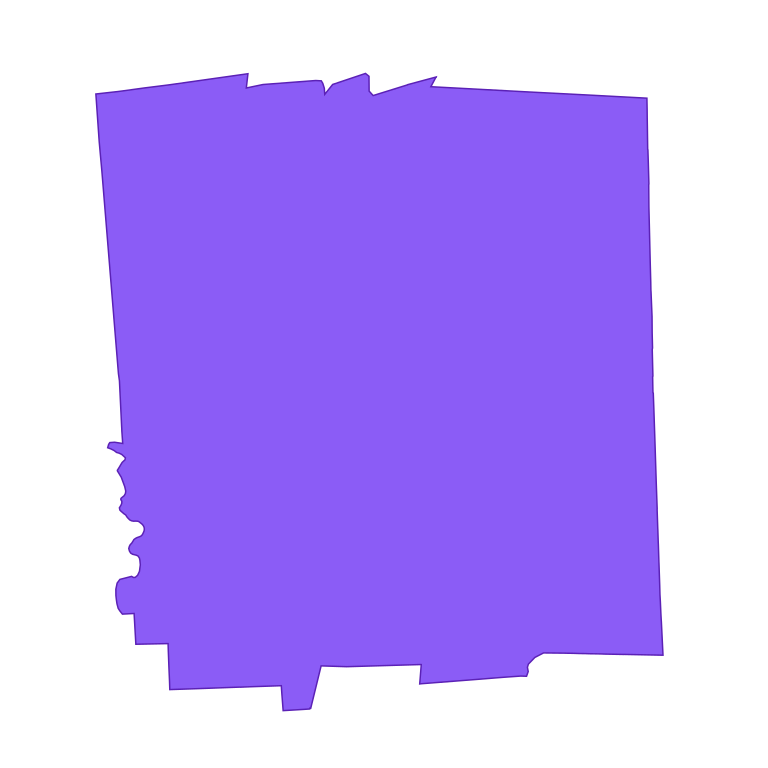 outline of Hualahuises, Nuevo León, Mexico, rotated 86°
{"feature_id": "50627088B9840783039526", "entity_name": "Hualahuises", "entity_type": "district", "adm_level": 2, "iso_a3": "MEX", "parent_name": "Mexico", "parent_adm1": "Nuevo León", "projection": "natural_earth1", "projection_center": [-99.659, 24.884], "detail": "fine", "context": "isolated", "style": "filled", "palette": "violet", "viewbox_px": 768, "rotation_deg": 86, "n_neighbors": 0, "source": "geoboundaries", "source_scale": "gbopen_adm2", "svg_char_len": 2919}
<svg xmlns="http://www.w3.org/2000/svg" viewBox="0 0 768 768"><g transform="rotate(86 384 384)"><path d="M117.2,101.8L109.9,160.7L103.0,217.4L90.7,316.5L81.4,310.7L87.1,339.8L87.3,340.0L95.5,374.7L90.8,378.4L76.0,377.5L72.9,380.8L81.6,414.3L90.9,422.9L84.8,422.9L79.8,424.1L77.2,425.4L76.6,430.2L76.5,431.2L76.8,483.8L79.1,500.7L65.0,498.1L70.6,577.7L72.0,603.2L73.4,624.2L73.7,629.3L74.6,651.2L122.5,651.2L152.0,650.6L355.1,648.2L362.4,647.7L408.7,648.7L409.4,648.7L409.6,648.7L409.9,648.7L412.7,648.8L425.1,648.8L423.3,656.8L423.3,661.6L425.0,662.9L428.3,664.1L429.7,661.0L431.6,657.8L433.6,655.6L434.5,653.1L436.0,650.5L438.1,648.5L439.6,647.1L441.6,647.7L442.6,649.0L444.0,650.7L446.1,652.2L448.3,653.7L450.8,655.5L451.4,656.0L452.1,656.0L458.7,652.6L468.3,649.8L472.8,649.1L475.2,649.6L477.3,651.0L478.5,652.7L479.6,654.2L480.4,654.6L481.3,654.5L481.9,654.0L483.1,653.7L484.9,654.0L486.5,654.8L487.8,655.7L489.0,656.6L491.3,656.3L492.6,655.2L495.3,652.5L496.6,650.8L498.7,649.7L499.9,648.8L501.9,647.1L502.9,645.3L503.4,643.3L503.4,641.7L503.6,640.0L503.8,638.9L504.5,637.7L505.2,637.0L506.3,635.8L507.2,634.9L508.5,634.0L510.3,633.3L511.8,633.2L513.2,633.4L514.5,633.9L515.6,634.5L516.7,635.1L517.8,635.9L518.7,637.0L519.1,637.9L519.5,639.3L520.0,641.1L520.6,642.5L521.7,644.3L523.6,645.6L525.2,646.8L526.5,648.3L528.1,649.3L530.3,650.1L532.9,649.6L535.0,648.5L536.3,646.7L537.4,643.3L538.3,641.5L540.4,640.2L542.9,639.8L547.4,639.7L550.8,640.4L553.8,641.0L557.6,643.1L559.6,645.7L559.5,647.5L558.3,649.2L560.5,661.1L564.0,664.1L570.0,665.8L576.4,666.2L580.9,666.0L584.7,665.7L589.3,664.8L592.0,663.3L595.3,661.0L595.5,649.3L626.3,649.7L627.9,617.5L628.0,617.5L635.3,617.8L651.0,618.3L665.8,618.7L673.9,619.0L674.9,591.5L675.5,573.4L676.3,549.2L676.4,548.5L676.7,538.3L677.8,507.5L687.3,507.5L702.8,507.4L703.0,487.0L703.0,480.8L702.8,480.8L702.1,480.5L702.2,480.0L702.3,479.7L660.8,466.4L663.4,441.0L666.4,367.4L666.5,366.4L685.7,369.3L685.6,367.6L685.3,328.6L685.2,315.6L685.1,303.5L685.0,295.7L684.9,284.0L684.9,270.4L684.9,267.9L685.5,262.2L680.9,260.2L676.6,260.7L673.5,259.5L667.3,252.6L663.4,243.6L665.1,222.5L665.3,220.6L665.4,219.2L665.9,213.6L666.5,207.8L667.0,201.8L667.4,198.1L667.7,194.4L668.4,186.4L668.8,182.8L670.4,164.9L670.5,163.6L670.5,163.3L670.6,162.2L674.0,124.6L640.9,123.9L639.9,123.9L639.7,123.9L638.6,123.9L631.9,123.8L620.6,123.5L613.2,123.4L604.2,123.0L582.0,122.2L581.4,122.2L563.1,121.5L562.7,121.5L559.2,121.4L548.4,121.0L547.6,121.0L528.2,120.3L527.6,120.2L501.5,119.3L454.2,117.5L440.2,117.0L426.8,116.5L411.8,116.0L411.5,116.3L409.0,116.2L395.4,115.5L395.0,115.2L368.3,114.0L366.8,113.6L351.3,112.9L335.4,111.9L310.9,111.2L308.9,111.2L301.3,110.8L292.0,110.4L278.1,109.8L252.1,108.6L226.0,107.4L203.4,106.0L203.1,105.8L182.0,104.9L168.7,104.4L168.4,104.6L145.2,103.3L135.9,102.8L129.2,102.4L119.4,101.9L117.2,101.8Z" fill="#8b5cf6" stroke="#5b21b6" stroke-width="1.5"/></g></svg>